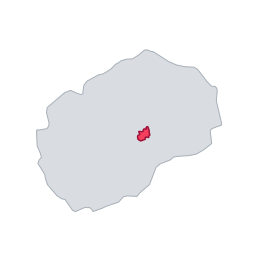 where Rosoman sits in North Macedonia, rotated 343°
{"feature_id": "MKD-2907", "entity_name": "Rosoman", "entity_type": "Statistical Region", "adm_level": 1, "iso_a3": "MKD", "parent_name": "North Macedonia", "parent_adm1": "", "projection": "robinson", "projection_center": [21.9, 41.493], "detail": "fine", "context": "in_parent", "style": "filled", "palette": "rose", "viewbox_px": 256, "rotation_deg": 343, "n_neighbors": 0, "source": "natural_earth", "source_scale": "10m", "svg_char_len": 1896}
<svg xmlns="http://www.w3.org/2000/svg" viewBox="0 0 256 256"><g transform="rotate(343 128 128)"><path d="M115.7,68.5L119.9,69.0L129.0,66.6L134.7,63.4L137.6,62.9L141.4,61.6L146.9,61.8L152.5,63.2L159.6,61.3L166.6,58.3L169.4,59.0L172.5,61.6L174.5,62.4L186.1,76.1L192.5,81.7L200.0,85.9L208.6,89.0L211.6,92.0L217.1,106.6L219.8,112.2L223.4,113.8L224.3,115.4L224.5,117.6L220.4,127.9L218.9,150.9L217.9,152.8L213.6,152.7L207.9,153.2L205.7,154.9L203.5,167.3L194.3,170.9L186.0,172.9L179.0,172.4L166.6,169.5L162.6,169.2L159.2,170.9L148.2,171.7L143.3,173.9L132.0,188.4L120.5,193.4L116.5,196.0L107.7,192.8L103.5,192.4L97.4,196.1L84.1,196.5L80.5,197.1L70.2,197.7L69.8,195.7L67.9,192.8L63.1,191.4L53.3,192.6L50.9,190.5L46.9,178.1L43.8,176.2L40.3,172.0L34.4,158.6L34.3,152.8L34.8,147.7L31.5,135.6L33.6,132.6L36.7,130.7L36.7,125.9L35.9,118.5L39.6,104.1L40.6,103.1L41.5,103.8L50.3,104.9L52.6,103.1L54.0,100.2L54.5,89.7L56.7,84.8L77.9,75.6L84.1,75.2L88.9,79.5L92.7,82.2L94.9,82.1L95.8,79.4L98.4,74.1L102.7,71.1L115.6,68.5L115.7,68.5Z" fill="#d9dde1" stroke="#a8b0b8" stroke-width="1"/><path d="M134.3,141.6L134.3,141.3L134.4,140.1L134.5,139.5L134.8,138.7L135.2,138.2L135.6,137.9L136.5,137.8L136.9,137.8L137.2,137.6L137.5,137.2L137.5,136.8L137.3,135.9L137.2,135.7L137.2,135.2L137.2,134.8L137.4,134.6L138.0,134.6L138.6,134.8L139.0,135.1L140.1,135.6L141.3,135.6L141.7,135.1L142.0,134.4L142.4,133.9L142.9,133.6L143.8,133.8L144.2,134.2L144.8,134.2L145.3,134.2L145.4,133.8L145.5,132.8L146.2,132.4L146.8,132.4L147.4,132.8L147.4,133.7L147.5,135.7L147.4,137.3L147.2,137.6L146.9,138.3L147.0,139.6L146.8,141.1L146.1,141.5L145.5,141.8L145.2,142.2L145.2,142.9L144.8,143.1L144.4,142.9L143.7,142.4L143.1,142.2L142.6,142.0L142.0,142.0L141.6,142.3L141.5,143.5L140.9,143.9L139.8,143.9L138.6,143.9L138.1,144.1L137.5,144.1L136.2,143.9L135.5,143.3L134.7,142.3L134.3,141.6Z" fill="#f43f5e" stroke="#9f1239" stroke-width="1.5"/></g></svg>